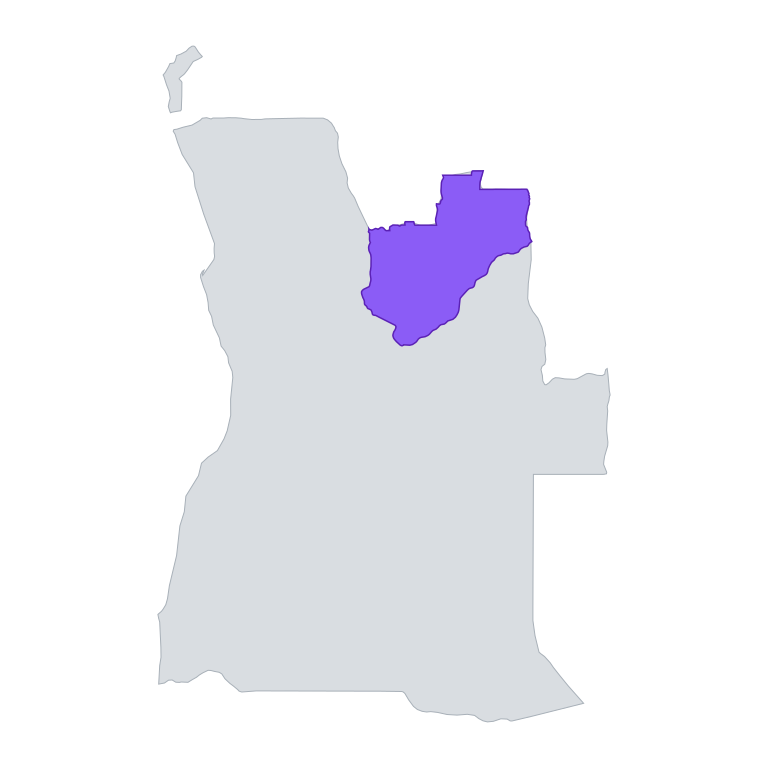 Lunda Norte on a map of Angola (Equal Earth projection)
{"feature_id": "AGO-1874", "entity_name": "Lunda Norte", "entity_type": "Province", "adm_level": 1, "iso_a3": "AGO", "parent_name": "Angola", "parent_adm1": "", "projection": "equal_earth", "projection_center": [19.689, -8.666], "detail": "fine", "context": "in_parent", "style": "filled", "palette": "violet", "viewbox_px": 768, "rotation_deg": 0, "n_neighbors": 0, "source": "natural_earth", "source_scale": "10m", "svg_char_len": 8057}
<svg xmlns="http://www.w3.org/2000/svg" viewBox="0 0 768 768"><path d="M607.2,368.5L608.0,375.1L608.8,384.1L609.3,390.6L609.9,393.6L610.1,395.1L609.4,396.8L608.9,400.7L607.8,404.2L607.2,406.6L607.7,411.0L606.8,424.1L606.6,430.5L607.9,442.1L607.7,445.7L604.6,456.3L603.8,461.6L603.6,464.4L606.7,472.2L606.5,473.8L604.1,474.3L602.1,474.4L533.4,474.4L532.9,609.1L532.9,620.5L535.0,635.6L539.0,652.1L540.6,653.6L544.6,656.6L550.2,662.8L553.4,667.5L559.8,675.6L568.2,685.9L583.6,703.3L531.8,716.3L511.9,721.0L510.2,720.9L507.2,719.1L500.9,718.8L493.4,721.3L487.4,721.9L483.0,720.8L478.8,718.6L474.6,715.4L467.3,714.3L457.0,715.1L447.1,714.5L437.5,712.4L430.7,711.6L426.6,712.0L422.1,711.3L417.4,709.5L413.5,706.4L408.7,699.9L405.0,693.6L404.1,692.7L402.9,691.8L401.7,691.5L381.2,691.2L256.3,690.9L241.8,692.0L240.7,691.7L238.9,691.0L237.7,689.6L233.5,686.1L229.9,683.4L225.0,678.8L221.8,673.9L219.2,672.3L214.5,671.4L211.0,670.5L208.1,670.3L203.1,672.7L199.3,675.0L196.6,677.2L192.0,679.8L188.0,682.3L181.1,682.0L179.6,682.4L175.8,682.2L172.2,680.0L168.5,680.2L164.5,683.0L158.7,684.1L159.7,665.6L161.0,657.4L160.9,647.5L159.7,622.0L158.7,618.5L157.9,614.4L161.5,611.3L163.3,608.9L165.8,604.7L167.5,598.7L169.4,585.6L176.6,555.5L179.9,525.9L184.3,511.8L185.9,496.1L198.5,475.7L201.5,463.2L208.1,457.1L217.4,450.6L224.0,438.9L227.2,430.8L230.7,415.4L230.6,399.2L232.8,377.6L232.2,371.4L228.6,362.8L227.9,356.7L224.7,350.6L221.1,346.1L219.4,337.9L213.3,325.0L211.6,316.4L208.7,310.3L208.1,302.6L206.6,294.6L203.5,286.6L200.6,277.5L200.6,274.7L202.4,271.3L204.1,270.1L203.5,271.9L202.4,273.9L202.7,275.5L213.9,259.5L214.6,256.4L214.2,252.9L214.1,248.6L214.5,243.6L203.7,214.1L195.0,186.7L193.5,172.8L182.2,154.5L177.7,142.7L175.1,134.3L173.2,131.2L173.9,129.6L176.8,129.2L183.2,127.2L192.0,125.1L200.2,120.3L202.3,118.2L206.7,117.7L211.1,119.0L212.7,118.1L213.6,118.0L224.0,118.0L228.3,117.7L236.2,117.8L241.3,118.2L244.2,118.7L251.9,119.5L261.6,119.4L265.0,118.9L277.6,118.6L301.4,118.1L313.8,118.2L323.3,118.2L327.6,119.9L331.5,123.2L333.3,126.2L334.2,127.5L335.4,130.7L337.5,133.2L338.3,137.0L337.7,142.3L338.0,148.6L339.3,155.9L341.9,163.7L345.9,171.8L347.6,178.2L347.1,182.9L348.3,188.0L351.3,193.2L353.4,196.0L354.7,198.2L358.1,206.3L368.9,228.9L370.5,230.1L372.9,229.7L377.9,228.7L382.9,228.5L386.5,230.5L387.9,230.2L393.3,226.3L398.6,225.1L404.2,223.6L407.1,221.9L410.4,221.9L419.5,225.0L421.2,225.2L428.6,225.2L436.0,223.5L437.1,210.4L437.1,207.9L438.9,203.0L441.1,198.7L441.4,194.6L441.3,189.1L442.9,182.3L447.8,176.9L455.8,174.4L460.4,173.9L467.6,172.4L478.4,170.8L482.4,171.0L482.8,171.8L480.5,181.2L480.4,184.2L481.2,187.3L483.1,189.0L504.7,189.3L525.6,190.4L526.7,190.8L527.6,191.5L529.0,196.1L528.6,205.2L526.6,218.4L527.4,230.7L530.9,242.2L531.2,259.8L528.3,283.6L527.7,298.6L529.3,304.8L532.7,311.4L537.9,318.2L541.9,327.1L544.7,338.0L545.7,344.9L544.9,347.7L545.0,352.6L545.8,359.5L544.8,364.2L542.0,366.4L541.0,369.6L542.4,375.6L542.8,381.0L544.7,384.6L546.1,384.8L548.9,382.9L552.4,379.2L555.2,377.7L559.1,377.9L564.6,378.9L574.2,379.3L577.2,378.7L586.3,373.8L588.6,373.4L592.2,373.9L597.2,375.3L602.3,375.6L604.8,374.1L605.0,372.1L605.8,369.5L607.2,368.5ZM202.3,56.4L201.7,57.2L197.6,59.5L193.2,61.5L187.5,70.0L184.6,73.7L183.7,74.6L181.1,76.6L179.2,78.3L179.3,79.3L180.6,80.4L181.9,82.2L181.8,96.1L181.3,109.7L180.6,110.8L176.9,111.3L172.0,112.2L170.5,112.8L169.9,111.5L168.3,106.5L169.2,101.8L170.2,98.3L169.0,91.1L166.5,84.7L163.9,76.5L163.1,75.0L165.3,72.4L168.6,66.6L169.9,63.6L173.8,63.0L175.2,60.9L176.2,57.6L176.6,55.6L181.0,54.0L186.2,51.2L189.1,48.1L192.0,46.2L193.9,46.1L195.1,46.9L198.5,52.2L201.4,55.6L202.3,56.4Z" fill="#d9dde1" stroke="#a8b0b8" stroke-width="1"/><path d="M483.2,170.8L482.4,173.9L481.3,177.5L480.8,179.5L480.0,182.2L479.8,184.6L479.8,186.9L479.8,189.4L481.6,189.4L484.3,189.4L487.0,189.4L489.7,189.4L492.4,189.4L495.1,189.3L497.8,189.3L500.5,189.3L503.2,189.3L505.9,189.3L508.6,189.3L511.3,189.3L514.0,189.3L516.7,189.3L519.4,189.3L522.1,189.2L524.9,189.2L526.1,189.2L526.9,189.3L527.0,189.7L527.2,189.8L527.5,190.0L527.7,190.4L528.6,192.8L528.8,193.1L529.0,193.6L528.9,194.0L528.7,194.4L528.6,194.6L528.8,195.2L529.1,195.5L529.3,195.9L529.4,196.5L529.4,196.8L529.2,197.3L529.1,197.6L529.2,197.8L529.6,198.3L529.7,198.6L529.6,199.2L529.3,200.2L529.1,200.8L529.1,201.4L529.2,201.8L529.3,202.0L529.4,202.5L529.4,204.4L529.3,204.8L528.7,205.5L528.6,205.8L528.5,206.8L528.4,207.4L528.1,208.4L527.7,210.1L527.2,211.9L526.9,213.0L526.5,214.6L526.3,215.5L526.1,217.7L526.3,218.9L526.3,219.5L526.2,220.1L525.7,221.1L525.5,221.6L525.6,225.0L525.8,225.9L526.2,226.3L527.3,227.2L527.6,227.8L527.7,229.0L527.9,230.0L528.3,230.9L529.2,232.3L529.5,233.0L529.6,233.8L529.7,236.0L530.1,238.3L530.4,239.2L531.4,240.7L531.8,241.6L531.5,241.8L531.4,241.7L529.3,243.4L528.7,244.4L528.0,245.5L527.1,246.3L524.1,247.0L521.9,248.1L520.7,248.9L519.9,249.8L519.6,250.2L519.4,250.6L518.8,251.4L518.1,252.2L513.3,253.8L510.8,253.8L508.9,253.3L507.2,253.1L505.1,253.7L504.3,253.7L503.3,253.9L501.3,255.0L500.3,255.3L498.7,255.6L498.0,255.9L496.9,256.6L495.4,258.0L494.3,259.9L491.5,262.4L489.7,265.4L488.5,268.1L488.1,269.3L487.6,271.8L487.1,273.1L486.2,274.4L484.6,275.5L482.1,276.7L476.3,280.1L475.8,280.7L475.4,281.7L475.0,282.7L474.5,285.0L474.1,286.1L473.4,287.0L472.3,287.7L470.2,288.2L469.0,288.7L467.4,290.1L461.7,296.4L460.9,297.4L460.5,297.9L460.1,298.6L459.9,300.0L458.9,309.8L458.6,311.1L458.2,312.4L457.0,314.8L455.4,317.2L452.9,319.3L447.7,321.0L446.4,322.4L445.5,323.2L444.4,324.0L440.9,324.7L439.5,325.7L438.0,327.4L436.1,329.1L433.5,330.2L432.6,330.7L431.5,331.8L429.6,334.0L428.7,334.8L427.7,335.5L425.1,336.7L421.4,337.3L420.5,337.6L419.5,338.1L418.3,339.1L416.7,341.4L415.7,342.4L412.5,344.5L409.8,345.2L403.1,344.8L403.7,345.1L402.7,345.5L402.0,345.8L401.0,345.5L400.1,345.0L396.4,341.6L394.5,339.4L393.7,338.2L393.2,336.9L392.9,335.7L393.0,334.5L393.6,332.4L394.0,331.4L394.6,330.7L395.6,328.6L395.9,327.4L395.9,326.4L395.4,325.6L395.0,325.2L379.1,317.2L375.7,315.4L374.6,315.3L373.2,315.0L372.5,314.3L372.2,313.3L372.0,312.2L371.1,310.1L370.3,309.6L368.8,308.9L368.1,308.7L367.7,308.3L367.2,307.7L366.9,306.8L366.3,306.0L365.0,304.9L364.5,304.0L364.4,301.8L364.3,300.9L364.1,300.3L363.6,299.0L362.9,297.7L361.7,294.1L361.5,292.8L361.6,291.5L362.3,290.5L363.1,289.7L364.0,289.1L368.4,287.0L369.1,286.6L369.6,285.6L370.1,283.3L370.8,280.6L370.9,278.9L370.2,274.2L370.2,272.8L370.2,271.8L370.5,270.4L371.0,266.6L371.1,257.9L370.8,255.0L370.3,253.5L369.6,252.1L369.0,250.7L368.7,248.8L368.6,247.4L368.8,246.1L369.2,244.9L369.7,244.0L369.9,243.4L370.4,242.6L370.1,242.0L369.7,240.8L369.5,239.5L369.6,233.2L368.7,232.3L368.4,231.8L368.6,231.2L368.8,230.6L368.9,230.1L368.9,229.5L368.9,228.9L369.2,229.4L371.3,230.1L372.3,230.0L375.5,228.5L376.6,228.7L377.9,229.3L378.3,229.2L380.6,227.5L381.2,227.4L382.5,227.5L383.6,228.2L385.5,230.4L386.5,230.7L389.8,230.6L389.6,229.3L389.6,227.9L389.9,226.8L390.6,226.3L391.2,226.1L392.7,225.1L393.3,225.0L396.1,225.1L397.9,225.2L399.3,225.9L399.8,226.0L400.3,225.7L401.2,225.2L401.8,225.0L404.1,225.0L404.3,225.0L405.0,225.0L404.8,223.1L404.9,222.2L405.3,221.7L408.0,221.7L410.9,221.7L413.6,221.7L413.9,222.0L414.1,223.4L414.3,224.0L414.9,225.2L416.5,225.2L421.3,225.2L426.0,225.2L430.8,225.2L435.5,225.2L436.5,225.2L435.7,221.3L435.6,220.1L435.7,218.5L436.3,216.2L436.6,214.7L437.3,211.6L437.5,210.3L437.5,209.1L437.2,207.8L436.7,206.5L436.4,205.1L436.5,203.8L439.1,204.1L439.8,203.9L440.3,203.1L440.7,201.2L441.2,200.3L441.3,200.2L442.4,199.1L442.4,197.5L441.4,194.2L441.1,192.5L441.0,190.9L441.4,182.8L441.8,181.2L442.2,180.2L443.2,178.5L443.5,177.7L443.4,177.1L442.7,175.2L444.6,175.2L446.2,175.2L447.8,175.2L449.3,175.2L450.9,175.2L452.4,175.2L454.0,175.2L455.6,175.2L457.1,175.2L458.7,175.2L459.1,175.2L460.3,175.2L461.8,175.2L463.4,175.2L465.0,175.2L466.5,175.2L468.1,175.2L469.6,175.2L471.4,175.2L471.4,174.4L471.6,172.8L471.8,172.1L472.1,171.3L472.4,171.0L472.8,170.9L474.8,170.9L477.9,170.9L481.1,170.9L483.2,170.8Z" fill="#8b5cf6" stroke="#5b21b6" stroke-width="1.5"/></svg>